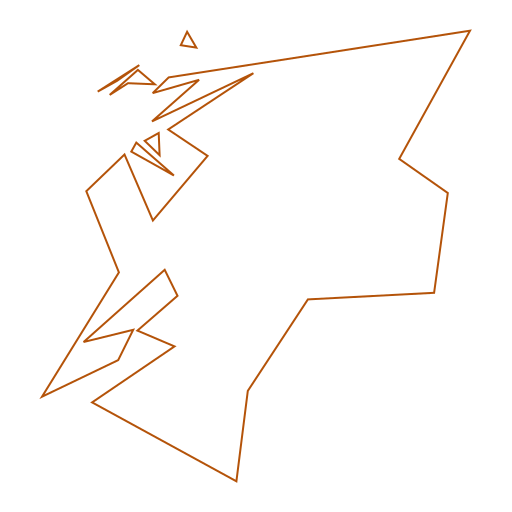 the County of Nord-Trøndelag
{"feature_id": "NOR-925", "entity_name": "Nord-Trøndelag", "entity_type": "County", "adm_level": 1, "iso_a3": "NOR", "parent_name": "Norway", "parent_adm1": "", "projection": "mercator", "projection_center": [11.396, 64.165], "detail": "coarse", "context": "isolated", "style": "outline", "palette": "amber", "viewbox_px": 512, "rotation_deg": 0, "n_neighbors": 0, "source": "natural_earth", "source_scale": "10m", "svg_char_len": 696}
<svg xmlns="http://www.w3.org/2000/svg" viewBox="0 0 512 512"><path d="M470.0,30.7L399.2,158.9L447.8,193.0L434.1,292.8L307.9,299.4L247.8,390.9L236.4,481.3L92.1,402.4L174.5,346.4L137.4,330.6L177.5,295.8L164.7,269.8L83.6,342.0L133.2,329.8L118.2,360.1L42.0,396.7L118.9,272.4L86.3,191.2L124.5,154.5L152.9,220.5L207.6,155.9L168.2,129.5L253.4,73.2L152.0,121.4L199.1,79.8L152.7,93.1L168.7,77.4L470.0,30.7ZM136.3,142.6L173.9,175.5L131.3,151.6L136.3,142.6ZM154.8,84.3L128.0,83.2L109.7,94.9L137.9,69.9L154.8,84.3ZM117.1,80.8L97.7,91.6L139.3,65.1L117.1,80.8ZM187.1,31.8L196.3,47.6L180.8,45.2L187.1,31.8ZM158.7,133.0L159.6,155.2L144.7,140.8L158.7,133.0Z" fill="none" stroke="#b45309" stroke-width="2"/></svg>